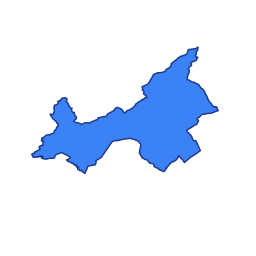 the district of Manica, Manica, Mozambique, rotated 244°
{"feature_id": "85939544B32725727804377", "entity_name": "Manica", "entity_type": "district", "adm_level": 2, "iso_a3": "MOZ", "parent_name": "Mozambique", "parent_adm1": "Manica", "projection": "natural_earth1", "projection_center": [33.017, -18.781], "detail": "fine", "context": "isolated", "style": "filled", "palette": "blue", "viewbox_px": 256, "rotation_deg": 244, "n_neighbors": 0, "source": "geoboundaries", "source_scale": "gbopen_adm2", "svg_char_len": 5846}
<svg xmlns="http://www.w3.org/2000/svg" viewBox="0 0 256 256"><g transform="rotate(244 128 128)"><path d="M142.9,30.7L142.5,31.3L142.3,32.2L141.9,32.6L142.2,33.2L141.8,34.3L141.5,34.6L141.1,34.7L141.4,36.1L141.0,36.4L140.8,36.9L141.0,38.1L140.9,38.3L140.1,38.5L139.7,39.0L139.4,38.4L139.3,37.2L139.1,37.2L138.5,37.4L137.6,38.3L136.5,39.7L136.3,40.6L135.9,40.9L135.8,41.9L135.5,42.1L135.4,43.3L135.0,44.6L133.6,47.3L133.4,48.6L133.9,49.4L135.1,50.3L135.4,51.0L135.6,52.2L135.2,56.2L134.8,57.5L134.3,58.2L129.9,61.4L129.7,61.8L127.7,62.9L126.7,63.3L126.6,62.5L126.4,62.0L126.2,61.2L125.7,60.6L125.8,60.0L126.2,59.6L126.3,58.9L126.0,58.8L125.4,59.4L124.7,59.2L124.6,59.6L123.1,60.4L122.6,61.3L120.9,62.1L120.5,62.6L120.5,63.3L120.4,63.5L119.8,63.5L118.5,64.1L118.3,64.1L118.3,63.6L118.1,63.7L117.7,64.9L116.4,64.8L116.5,65.1L115.9,65.0L116.1,65.4L115.8,65.8L115.3,65.8L114.9,65.4L114.6,65.5L114.1,66.2L113.9,66.1L113.9,65.3L113.8,65.2L113.1,64.7L112.8,64.7L112.1,65.7L111.0,65.9L110.4,67.0L110.4,67.5L110.0,67.9L109.7,67.6L109.4,67.6L106.1,69.3L106.4,69.9L108.1,71.5L109.0,72.9L110.9,74.8L111.3,75.4L109.3,82.3L109.8,83.1L111.2,84.3L112.9,85.0L112.8,87.3L113.4,91.3L122.4,107.2L122.6,109.4L122.4,110.8L122.1,111.6L121.6,112.1L120.4,116.6L119.9,119.3L119.0,121.9L118.4,123.0L118.1,124.9L117.7,125.6L115.7,127.6L114.8,128.9L113.5,129.7L113.0,130.4L112.3,131.1L108.0,132.3L107.6,132.3L107.0,132.0L103.6,129.5L102.0,128.1L100.7,127.4L99.9,127.3L94.6,127.8L93.9,128.5L92.4,129.5L90.7,131.3L87.9,131.8L86.9,132.2L85.8,133.5L85.3,134.3L84.6,134.9L84.0,135.1L83.1,135.2L82.6,134.7L81.8,134.6L81.5,134.8L80.8,135.4L79.7,136.1L78.6,137.3L77.3,137.6L75.4,139.0L73.4,140.9L73.1,141.3L74.9,144.9L75.5,144.7L75.8,145.0L75.6,145.5L75.7,146.0L78.3,152.4L78.5,153.3L77.8,153.7L78.0,156.4L78.3,157.5L78.7,158.7L79.9,160.3L80.8,161.1L80.9,161.4L80.7,161.6L78.3,162.1L75.5,163.1L73.0,163.5L72.3,163.7L74.0,170.0L75.2,178.9L76.0,183.1L86.7,183.4L87.1,182.9L87.7,181.7L88.0,181.4L89.6,181.2L92.8,181.5L98.4,179.8L99.9,179.6L100.1,179.8L100.6,181.8L100.7,185.0L101.2,188.3L101.2,191.4L103.7,194.6L105.4,194.0L106.0,194.0L106.3,194.3L106.5,195.3L106.4,196.4L107.9,200.6L107.6,201.5L106.8,203.0L106.2,205.8L104.9,209.2L104.7,210.6L104.2,216.7L105.7,216.5L107.4,216.9L107.9,216.8L108.5,216.4L109.5,214.4L110.4,214.0L112.2,213.5L113.4,213.5L116.4,212.6L117.7,212.5L122.8,212.8L125.1,212.6L128.0,212.7L129.9,212.3L132.2,211.0L135.8,210.6L139.9,207.6L141.4,205.5L143.8,204.3L144.4,203.8L145.3,202.5L145.7,202.4L146.8,202.9L148.1,203.9L149.9,205.8L151.1,207.3L151.9,207.9L152.9,208.3L154.7,208.3L155.0,208.4L155.7,209.6L156.0,210.3L156.0,211.1L156.6,212.6L157.2,212.9L158.6,212.8L159.1,213.8L159.0,214.2L159.3,214.9L159.0,216.5L159.0,218.0L158.8,219.1L159.9,219.8L160.4,221.3L161.0,221.5L161.3,221.4L162.0,220.4L163.0,220.1L163.3,220.2L164.3,221.5L165.0,222.0L166.5,222.7L166.8,223.2L167.2,224.4L167.6,225.0L169.6,225.8L169.8,226.2L170.1,225.9L169.7,224.8L169.9,223.7L169.9,222.6L170.4,222.0L170.6,220.2L171.2,219.4L171.1,218.6L171.8,217.5L171.9,216.6L171.4,216.3L171.2,215.8L169.4,214.3L168.6,212.6L168.5,211.9L168.8,211.3L168.8,210.3L169.0,209.4L168.8,208.0L169.4,206.9L169.2,206.4L169.1,204.8L168.9,204.4L168.9,203.4L168.2,202.3L168.1,201.1L167.9,200.5L167.9,199.2L167.6,198.6L167.4,197.4L167.1,196.7L167.2,195.9L166.6,194.8L165.7,194.4L165.2,194.1L164.3,192.6L164.0,190.6L164.0,188.5L163.5,187.7L163.4,187.2L162.9,186.7L162.7,186.3L162.8,185.4L162.7,184.5L163.1,182.8L163.5,181.4L164.3,179.8L164.8,178.0L164.6,177.8L164.9,176.0L164.8,174.4L164.3,173.5L163.7,173.0L158.7,165.3L158.9,158.8L157.2,158.5L156.3,157.7L155.9,157.6L154.3,158.3L153.8,158.3L151.9,157.0L151.2,157.2L149.2,158.4L148.6,158.5L147.9,158.1L147.2,158.2L147.8,156.7L147.5,156.1L147.5,155.6L146.9,154.5L147.2,153.8L147.5,153.3L146.8,152.0L146.9,151.8L146.7,149.0L146.2,145.7L144.8,143.8L144.6,142.3L144.0,141.6L143.8,141.1L144.0,139.6L143.7,138.7L143.8,138.1L143.5,137.5L143.8,136.3L143.9,134.8L143.7,133.9L143.5,133.7L143.3,133.1L143.2,131.8L143.4,131.0L146.3,130.9L148.6,129.9L150.7,127.9L151.2,127.2L151.4,126.5L151.4,126.0L151.1,125.0L149.9,122.9L149.7,121.2L149.6,116.1L149.3,115.2L148.3,114.1L148.1,113.0L148.8,111.4L149.4,108.6L150.2,106.1L150.0,105.2L149.3,104.7L149.1,103.8L149.3,102.0L149.5,95.9L149.7,94.7L150.9,92.9L151.7,91.3L151.4,89.0L151.7,87.5L152.3,87.5L153.0,86.6L153.7,86.2L154.9,85.1L155.7,83.6L156.6,82.8L157.6,82.3L157.9,82.5L158.5,83.7L158.8,85.2L159.6,86.1L160.0,86.1L160.6,86.4L161.2,86.4L161.8,85.9L162.6,85.7L164.6,86.1L165.3,86.5L165.5,86.5L165.5,85.9L165.7,85.7L166.9,85.1L168.3,84.9L170.4,86.2L170.5,85.7L170.9,85.2L172.1,85.1L172.8,84.6L173.6,84.8L174.9,84.7L176.5,84.8L177.7,84.6L178.6,84.2L179.3,84.6L180.3,85.6L181.3,85.9L182.3,85.2L183.0,84.3L183.1,83.2L183.7,82.2L183.7,81.7L183.1,80.4L182.2,79.6L182.6,78.6L182.6,76.5L181.4,76.9L181.1,76.8L180.7,76.0L180.4,74.8L180.4,73.4L180.6,72.3L180.4,71.8L179.9,71.4L179.3,71.1L178.8,70.3L177.7,70.0L177.3,69.7L176.0,69.6L175.2,68.9L174.4,68.0L173.6,67.6L173.3,66.9L173.3,66.1L174.2,64.7L174.3,64.1L173.6,64.0L169.0,64.7L167.2,65.5L166.2,65.8L165.2,66.3L163.7,66.2L162.4,67.0L161.8,67.1L161.5,67.0L161.1,66.0L160.0,65.1L159.9,64.1L159.2,63.6L158.2,62.4L157.9,60.9L156.6,59.6L156.0,58.4L156.1,57.3L156.4,56.3L156.2,54.8L156.5,54.2L156.6,53.5L157.4,51.9L157.4,50.8L156.9,50.0L156.7,48.6L156.1,47.1L156.7,46.6L156.7,46.2L156.3,46.0L155.9,46.2L155.2,46.2L155.0,45.9L155.1,45.1L154.9,44.8L153.7,45.0L153.4,45.8L153.2,46.0L152.7,46.1L151.8,45.0L150.6,44.3L149.9,44.2L149.7,43.8L150.0,43.4L149.9,42.9L150.2,42.6L150.4,41.9L150.3,40.8L149.8,40.3L149.8,39.7L149.2,39.5L147.7,39.8L147.3,39.0L147.3,34.8L147.0,34.3L147.3,34.0L147.1,33.6L146.5,33.5L146.2,33.1L146.6,32.3L146.6,31.7L146.8,31.3L146.7,30.5L146.3,30.1L146.3,29.9L144.8,30.2L144.2,29.8L143.6,30.0L143.4,30.5L142.9,30.7Z" fill="#3b82f6" stroke="#1e3a8a" stroke-width="1.5"/></g></svg>